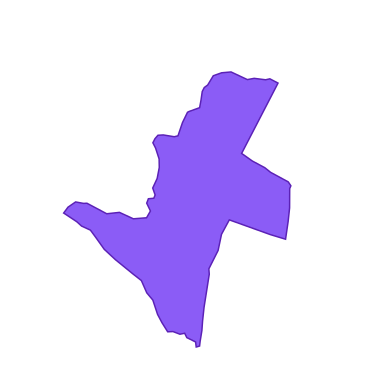 the district of Maïné-Soroa, Diffa, Niger, rotated 27°
{"feature_id": "23599985B74336618625682", "entity_name": "Maïné-Soroa", "entity_type": "district", "adm_level": 2, "iso_a3": "NER", "parent_name": "Niger", "parent_adm1": "Diffa", "projection": "orthographic", "projection_center": [11.886, 13.761], "detail": "fine", "context": "isolated", "style": "filled", "palette": "violet", "viewbox_px": 384, "rotation_deg": 27, "n_neighbors": 0, "source": "geoboundaries", "source_scale": "gbopen_adm2", "svg_char_len": 1162}
<svg xmlns="http://www.w3.org/2000/svg" viewBox="0 0 384 384"><g transform="rotate(27 192 192)"><path d="M158.2,78.7L157.4,89.6L155.5,93.3L155.5,97.8L158.3,106.0L160.5,113.4L152.8,121.6L151.8,123.0L152.0,134.4L154.0,148.3L151.1,150.8L140.5,154.2L135.9,156.9L134.8,161.3L134.8,165.9L139.6,169.4L147.7,177.5L151.7,185.0L154.8,195.7L155.2,206.3L160.5,211.4L160.8,214.9L156.2,217.8L156.7,222.5L163.6,227.8L163.2,235.6L151.9,242.5L136.6,243.1L125.9,250.1L103.5,249.7L100.5,251.4L92.8,253.7L88.4,261.8L87.2,269.0L102.8,270.8L109.1,272.5L118.8,272.1L126.8,276.1L139.8,282.9L154.6,287.1L176.9,291.9L187.1,293.9L197.5,302.4L206.2,306.1L216.9,316.7L224.6,322.1L233.8,327.6L238.4,325.0L245.8,324.2L249.6,321.2L253.5,324.1L263.3,324.0L266.1,328.2L266.5,327.9L268.7,325.8L267.1,321.5L263.7,310.9L260.1,302.4L255.1,289.3L244.7,257.4L241.9,252.8L241.8,232.2L237.5,216.3L237.9,199.9L281.1,194.4L296.8,191.6L291.0,174.5L286.2,161.9L277.5,144.6L277.3,141.6L273.2,139.3L253.1,138.8L245.9,137.3L231.8,137.0L218.7,135.1L219.2,57.7L219.2,55.9L210.0,55.8L206.6,58.6L195.8,62.5L190.3,66.7L172.3,67.3L164.3,72.3L158.2,78.7Z" fill="#8b5cf6" stroke="#5b21b6" stroke-width="1.5"/></g></svg>